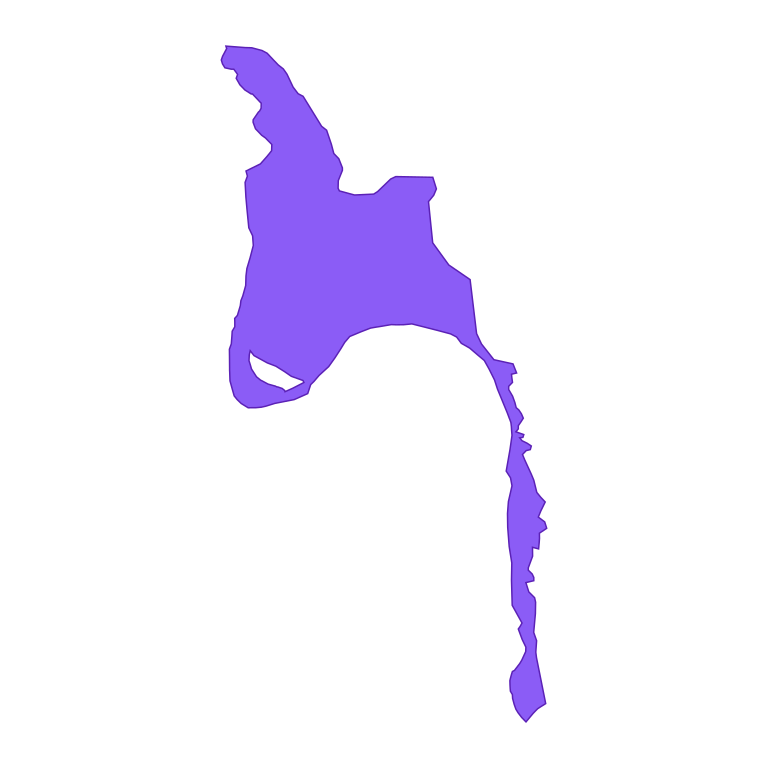 Akhmim, Suhaj, Egypt (Albers equal-area conic projection)
{"feature_id": "37247803B62515716527778", "entity_name": "Akhmim", "entity_type": "district", "adm_level": 2, "iso_a3": "EGY", "parent_name": "Egypt", "parent_adm1": "Suhaj", "projection": "albers", "projection_center": [31.772, 26.551], "detail": "fine", "context": "isolated", "style": "filled", "palette": "violet", "viewbox_px": 768, "rotation_deg": 0, "n_neighbors": 0, "source": "geoboundaries", "source_scale": "gbopen_adm2", "svg_char_len": 3608}
<svg xmlns="http://www.w3.org/2000/svg" viewBox="0 0 768 768"><path d="M545.7,703.6L536.5,657.7L535.8,652.2L536.6,640.7L533.7,632.4L535.4,613.7L535.6,602.2L534.6,597.7L528.8,591.9L525.9,582.6L533.8,580.7L533.8,577.5L532.2,574.0L528.3,570.2L528.3,567.8L532.6,556.2L532.5,547.3L538.6,548.9L539.2,542.5L539.5,538.3L539.4,533.2L546.7,528.3L544.7,521.9L538.3,517.1L540.8,511.0L545.2,502.0L540.7,497.2L536.8,492.4L533.8,480.2L531.3,474.2L524.6,459.6L523.0,455.7L522.5,454.5L526.2,450.6L530.3,449.6L531.3,446.0L527.1,443.2L522.0,440.7L519.7,437.8L522.9,437.4L523.8,434.6L515.9,431.8L518.3,428.9L518.3,425.7L520.8,422.1L523.3,418.2L521.4,413.8L518.8,409.9L516.2,407.7L514.9,402.6L512.6,396.2L508.7,389.5L508.7,386.3L512.5,382.4L511.8,377.3L511.5,374.2L516.6,373.0L513.0,363.9L506.6,362.5L500.3,361.1L493.9,359.7L481.5,344.0L477.2,334.9L476.6,333.7L470.1,279.6L448.8,265.0L432.7,242.8L430.7,223.4L428.5,201.6L433.7,195.3L436.4,188.9L432.8,177.3L395.8,176.6L394.9,177.0L390.7,179.0L377.6,191.6L373.7,194.1L354.6,195.0L349.3,193.6L339.4,190.9L338.1,188.3L338.3,180.6L342.4,170.4L342.4,167.8L338.8,158.7L333.8,153.5L331.4,144.4L330.8,142.6L326.6,130.2L321.6,126.3L303.1,96.3L298.1,93.7L293.1,87.1L287.0,74.2L283.3,68.9L278.3,65.0L273.3,59.8L267.1,53.2L262.0,50.5L251.9,47.8L249.5,47.7L245.5,47.6L225.9,46.1L226.1,46.8L226.7,48.5L225.3,51.1L224.0,53.6L222.6,56.2L221.3,60.0L222.5,63.9L224.9,67.8L231.3,69.2L233.8,69.2L237.6,74.4L236.2,78.3L239.9,84.8L244.9,90.0L251.2,94.0L252.5,94.0L259.9,101.9L261.2,103.2L261.1,108.3L259.7,110.9L258.4,112.1L253.2,119.7L253.1,121.0L253.1,122.3L255.5,128.8L258.0,131.4L261.7,135.3L265.5,138.0L268.0,140.6L269.3,141.9L271.8,144.5L271.6,150.7L268.6,154.5L267.9,155.3L267.3,156.1L260.4,163.9L246.0,171.0L247.4,176.1L245.1,182.4L245.9,197.1L247.0,209.5L248.8,227.8L252.6,235.8L253.3,245.5L250.1,257.8L246.9,268.5L246.0,275.9L245.7,285.5L242.8,295.9L240.9,300.7L240.3,305.7L237.4,315.4L234.7,318.4L234.8,322.1L234.8,326.8L232.2,331.2L231.9,336.2L231.3,343.9L229.4,349.2L229.5,356.6L229.6,368.2L229.6,370.2L229.7,372.1L230.0,380.9L232.4,389.6L234.2,395.9L237.2,399.6L241.2,403.5L248.2,407.8L251.8,407.7L255.9,407.7L261.3,407.2L265.8,406.2L274.8,403.4L294.2,399.6L307.7,393.6L310.7,384.6L310.8,384.5L310.9,384.4L313.9,381.5L319.1,375.4L328.7,366.6L334.9,357.9L340.8,348.8L344.7,342.4L349.7,336.5L360.7,331.9L370.5,328.1L376.2,327.1L380.2,326.5L391.3,324.6L396.3,324.8L403.8,324.7L411.9,323.9L415.8,324.9L423.8,326.9L437.9,330.5L450.6,333.9L456.6,337.0L461.3,343.3L469.7,348.1L478.1,355.3L484.3,360.5L489.0,368.9L493.8,378.5L494.5,379.9L497.5,389.1L507.0,412.2L507.6,413.7L509.3,418.3L509.4,418.5L509.5,418.7L510.9,422.5L511.4,426.8L511.6,430.4L512.0,435.4L510.0,449.5L506.2,471.1L510.5,477.8L512.0,485.8L508.4,501.6L507.5,513.5L507.7,527.3L509.2,546.7L509.3,547.0L509.3,547.3L511.8,563.0L511.5,580.1L512.2,605.3L522.0,623.0L520.2,626.3L518.3,629.0L522.2,639.5L525.9,647.2L525.7,651.6L521.8,660.1L519.7,663.6L517.5,666.4L517.5,666.5L516.0,668.4L514.5,670.4L512.4,671.5L511.6,674.0L510.4,678.4L509.9,680.6L510.0,684.9L510.2,688.6L510.4,691.2L511.4,692.9L512.4,694.6L512.6,698.4L514.2,704.4L515.9,709.2L518.1,712.8L521.7,717.5L524.9,720.8L526.0,721.9L532.7,713.9L533.3,713.2L535.5,710.9L537.7,708.7L540.3,707.0L545.7,703.6ZM292.8,388.2L285.0,391.7L284.7,390.5L282.1,388.4L280.5,387.9L278.0,387.0L276.6,386.8L275.4,386.1L274.2,385.8L268.1,384.1L261.6,380.6L260.8,380.3L256.5,376.8L251.5,369.0L250.4,365.1L249.0,360.7L249.3,354.8L250.2,350.7L254.0,355.6L267.3,362.9L275.9,366.2L284.5,371.6L291.3,376.3L303.0,380.5L303.9,382.5L292.8,388.2Z" fill="#8b5cf6" stroke="#5b21b6" stroke-width="1.5"/></svg>